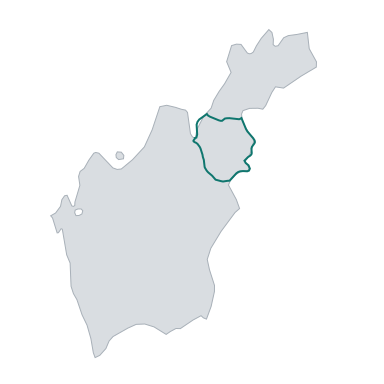 Vayots Dzor highlighted on a map of Armenia, rotated 261°
{"feature_id": "ARM-1733", "entity_name": "Vayots Dzor", "entity_type": "Province", "adm_level": 1, "iso_a3": "ARM", "parent_name": "Armenia", "parent_adm1": "", "projection": "natural_earth1", "projection_center": [45.445, 39.743], "detail": "fine", "context": "in_parent", "style": "outline", "palette": "teal", "viewbox_px": 384, "rotation_deg": 261, "n_neighbors": 0, "source": "natural_earth", "source_scale": "10m", "svg_char_len": 2815}
<svg xmlns="http://www.w3.org/2000/svg" viewBox="0 0 384 384"><g transform="rotate(261 192 192)"><path d="M168.2,236.4L165.0,231.3L148.6,214.6L133.5,201.8L123.0,196.5L112.5,197.1L96.2,199.6L90.2,198.6L76.0,193.0L64.2,186.4L65.9,183.6L68.4,181.6L65.4,173.0L58.9,159.1L59.7,154.8L57.6,148.8L55.4,144.2L64.7,133.4L69.0,124.7L70.0,116.2L67.6,107.4L61.6,91.4L57.8,86.8L50.9,82.5L45.1,75.4L43.6,70.4L48.6,69.4L63.0,69.2L76.9,67.5L87.9,64.2L103.7,61.5L110.2,59.0L117.8,57.8L140.9,60.5L149.5,58.4L175.5,58.1L176.2,57.0L172.7,53.7L172.7,52.4L188.2,50.2L190.6,48.7L192.6,54.0L198.4,59.9L204.8,62.3L208.2,65.6L208.3,68.1L197.1,71.1L196.3,72.6L197.0,74.1L200.4,74.8L216.1,82.3L225.1,82.4L229.8,84.7L232.2,89.2L239.7,95.2L245.7,101.1L246.1,103.1L244.9,106.1L228.2,117.6L226.0,121.6L225.8,125.8L233.2,138.3L244.0,152.0L259.7,162.4L281.3,173.6L281.6,180.6L278.2,188.9L275.3,194.6L273.9,198.4L271.3,200.0L249.8,199.6L246.5,201.0L245.1,202.6L245.0,204.0L252.8,206.5L264.9,215.4L271.8,224.0L279.1,227.8L287.2,234.6L293.8,241.1L304.0,249.3L315.3,246.6L330.4,254.0L331.1,259.0L330.1,263.5L320.6,268.4L319.5,270.4L319.5,272.1L320.7,274.5L326.3,278.5L332.9,284.4L340.4,293.3L337.1,295.9L330.2,296.3L324.8,295.2L322.9,297.0L323.0,299.9L330.0,306.7L331.4,311.6L331.2,320.1L331.6,330.9L315.2,330.2L301.1,335.3L295.9,334.3L292.3,325.2L289.3,317.7L280.3,298.7L282.8,290.9L277.8,286.4L265.8,278.3L262.7,274.9L264.4,270.3L265.6,261.9L264.4,255.1L261.2,253.1L255.2,252.9L248.0,254.6L233.4,261.2L223.3,257.0L217.4,252.8L214.0,249.2L206.5,252.2L204.6,250.7L204.2,242.0L201.9,237.3L197.4,231.8L193.2,229.1L177.6,234.6L168.2,236.4ZM192.6,79.8L193.1,76.7L192.4,73.8L189.9,72.9L186.8,73.7L186.5,76.8L187.5,79.8L190.6,81.2L192.6,79.8ZM242.4,128.4L238.8,130.4L235.5,129.5L235.5,124.6L237.9,122.6L240.7,122.7L243.3,124.5L242.4,128.4Z" fill="#d9dde1" stroke="#a8b0b8" stroke-width="1"/><path d="M244.8,203.2L245.0,204.8L248.0,206.1L257.8,207.1L260.4,208.4L262.5,210.5L266.7,218.9L265.0,219.8L263.6,221.5L258.6,229.7L257.8,231.5L257.6,232.8L259.4,236.0L259.4,237.8L259.1,240.4L256.5,249.9L256.6,250.6L256.7,251.0L257.2,252.2L257.3,252.4L245.7,255.2L243.1,256.2L235.5,260.9L234.5,261.3L233.4,261.8L232.4,262.0L231.3,261.9L230.3,261.3L227.3,258.3L225.6,257.5L221.1,257.1L219.8,256.5L218.8,255.2L217.7,252.7L215.3,249.5L214.7,248.7L212.2,249.6L209.5,252.0L206.0,252.8L204.2,251.6L203.8,249.9L204.7,245.6L204.9,242.9L204.5,240.7L203.5,238.7L197.3,230.9L197.5,228.4L197.5,224.4L197.6,224.0L198.3,222.1L200.5,217.2L205.0,214.4L208.8,211.1L210.0,210.3L211.1,209.7L214.1,208.5L215.0,208.4L221.9,208.7L224.9,208.2L227.2,208.2L233.7,207.2L235.3,206.7L238.6,205.0L239.9,203.8L240.9,202.3L241.2,202.0L241.8,201.5L242.2,201.4L242.6,201.5L242.9,201.8L243.1,202.0L243.6,202.6L244.4,203.2L244.8,203.2L244.8,203.2Z" fill="none" stroke="#0f766e" stroke-width="2"/></g></svg>